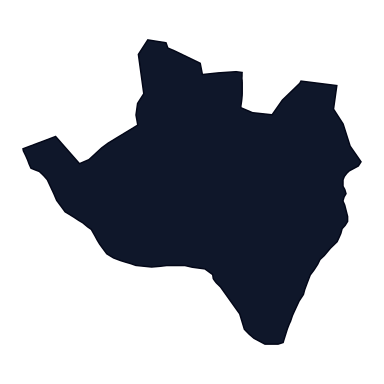 the district of Ibarapa Central, Oyo, Nigeria
{"feature_id": "59680162B68133263226567", "entity_name": "Ibarapa Central", "entity_type": "district", "adm_level": 2, "iso_a3": "NGA", "parent_name": "Nigeria", "parent_adm1": "Oyo", "projection": "equal_earth", "projection_center": [3.256, 7.422], "detail": "fine", "context": "isolated", "style": "filled", "palette": "ink", "viewbox_px": 384, "rotation_deg": 0, "n_neighbors": 0, "source": "geoboundaries", "source_scale": "gbopen_adm2", "svg_char_len": 1790}
<svg xmlns="http://www.w3.org/2000/svg" viewBox="0 0 384 384"><path d="M23.0,148.8L23.4,150.9L25.8,155.8L27.6,159.9L29.2,164.2L31.0,168.2L35.2,169.9L39.4,171.5L43.7,175.6L47.3,179.7L53.8,193.6L56.7,200.4L63.0,208.9L65.1,211.8L73.8,217.1L78.6,220.3L82.8,222.8L87.7,226.9L91.3,229.4L94.6,235.2L95.0,235.9L97.2,240.0L99.6,244.0L102.5,248.0L106.8,253.8L113.5,257.9L120.1,260.4L121.6,260.9L125.5,262.1L129.3,263.2L131.0,263.7L135.8,265.4L151.6,267.0L160.0,266.3L166.7,265.5L171.5,265.5L175.2,265.5L184.9,265.5L192.2,267.2L204.9,268.9L210.1,272.7L212.7,274.6L213.3,278.7L214.9,281.0L216.3,282.8L216.7,283.2L220.5,286.9L237.3,310.5L239.7,313.8L244.4,329.3L249.2,334.2L254.0,338.3L264.9,344.1L269.7,344.1L278.2,344.1L283.1,342.5L284.0,339.5L287.4,328.7L289.3,323.8L290.5,321.3L292.4,315.6L294.2,311.6L299.1,301.0L303.4,294.5L304.7,289.6L307.1,283.1L310.2,275.0L313.9,270.1L317.6,264.4L320.0,259.5L324.3,255.5L330.4,248.2L337.1,241.7L339.0,237.6L340.8,233.5L341.4,231.3L342.1,228.7L345.1,225.4L347.6,221.4L347.6,216.5L344.7,205.1L342.9,201.0L344.1,196.9L346.0,193.7L344.8,189.6L343.0,186.3L343.0,179.8L344.3,176.5L346.7,173.3L349.2,170.9L355.3,167.6L358.3,166.0L361.0,161.8L350.1,146.1L343.1,124.0L333.5,109.1L336.8,85.6L301.0,81.1L299.8,83.3L282.4,100.1L272.1,114.8L252.5,112.7L240.8,107.7L240.9,105.6L241.2,103.7L241.5,101.6L241.8,99.0L242.1,95.7L242.2,93.5L242.2,91.3L242.2,89.3L242.2,86.2L242.2,84.2L242.2,82.6L242.1,81.2L242.1,80.2L241.9,79.0L241.9,77.4L242.0,76.1L242.0,75.1L242.0,73.7L242.1,72.5L236.1,71.7L218.2,72.9L203.0,74.5L202.4,74.6L200.2,63.3L175.2,51.2L167.8,48.0L166.0,42.8L147.8,39.9L138.4,54.4L143.8,93.7L137.6,103.4L136.0,115.0L137.8,125.1L108.3,143.0L101.7,147.9L89.1,159.5L88.8,159.7L79.5,163.7L55.6,136.5L23.0,148.8Z" fill="#0f172a" stroke="#020617" stroke-width="1.5"/></svg>